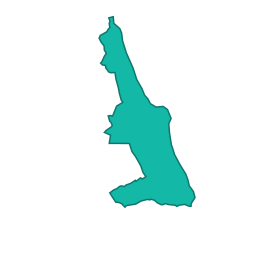 the district of Loíza, Puerto Rico, rotated 54°
{"feature_id": "32010507B12754205522862", "entity_name": "Loíza", "entity_type": "district", "adm_level": 2, "iso_a3": "PRI", "parent_name": "Puerto Rico", "parent_adm1": "", "projection": "orthographic", "projection_center": [-65.903, 18.42], "detail": "fine", "context": "isolated", "style": "filled", "palette": "teal", "viewbox_px": 256, "rotation_deg": 54, "n_neighbors": 0, "source": "geoboundaries", "source_scale": "gbopen_adm2", "svg_char_len": 1736}
<svg xmlns="http://www.w3.org/2000/svg" viewBox="0 0 256 256"><g transform="rotate(54 128 128)"><path d="M117.7,149.7L123.5,146.3L128.5,151.3L129.4,152.2L141.3,136.0L149.3,138.6L151.8,138.7L155.8,138.7L166.0,139.9L172.9,142.0L177.8,142.1L177.8,146.2L175.7,147.2L175.9,152.8L174.6,152.8L174.4,158.4L173.0,162.9L173.2,165.3L170.9,167.4L170.3,169.2L170.5,172.4L169.7,176.1L169.8,180.9L174.4,181.2L180.8,181.5L182.3,179.6L185.5,177.6L190.0,177.1L190.3,176.7L189.9,175.7L190.1,174.3L194.1,166.4L194.7,160.6L196.3,156.4L197.3,154.1L199.1,152.5L199.0,151.3L202.1,149.0L205.6,148.3L209.6,146.2L210.7,144.5L211.0,142.4L214.0,139.9L218.2,135.2L220.2,134.5L220.5,131.9L223.2,127.0L226.8,124.8L227.9,123.9L228.4,123.0L226.3,121.4L223.7,114.7L220.1,113.3L219.9,113.2L217.9,112.4L215.7,112.4L213.2,112.4L210.7,112.4L205.4,110.1L203.6,109.6L203.4,109.5L199.4,108.4L197.2,108.2L188.4,107.5L184.6,107.0L178.5,106.2L177.4,106.1L174.2,105.0L169.6,103.5L167.8,103.0L166.7,102.6L156.0,97.1L155.4,96.7L148.5,92.5L147.1,90.1L146.9,89.8L145.6,87.5L140.2,86.2L136.3,85.2L133.6,86.1L133.2,86.2L131.1,87.0L127.6,93.0L121.5,95.6L116.3,94.8L111.1,95.3L104.5,93.6L94.1,92.5L82.5,88.7L66.3,85.2L54.4,81.2L47.5,77.4L42.9,76.2L36.1,77.7L35.1,78.0L34.2,77.5L29.3,74.5L28.2,77.2L27.9,78.1L27.7,78.6L27.6,78.8L31.0,79.8L32.4,81.8L36.1,83.7L36.5,86.2L37.7,88.6L36.8,96.0L38.4,98.6L42.9,99.3L46.7,99.1L47.8,99.2L50.9,101.3L54.9,101.7L56.1,105.1L59.2,110.5L59.4,112.0L61.8,111.7L64.1,109.5L66.4,110.7L71.5,110.6L73.3,109.3L75.5,105.9L81.4,109.0L90.1,112.3L94.9,114.6L101.5,117.1L104.2,117.0L103.6,124.3L109.3,133.5L107.5,135.0L106.6,136.9L111.8,138.8L113.3,138.4L116.7,139.2L117.3,141.0L117.1,147.1L117.7,149.7Z" fill="#14b8a6" stroke="#0f766e" stroke-width="1.5"/></g></svg>